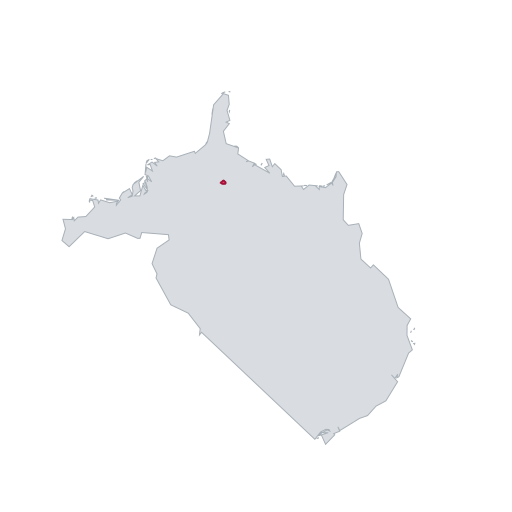 location of Calhoun, Alabama, United States of America, rotated 210°
{"feature_id": "52423323B11453074056273", "entity_name": "Calhoun", "entity_type": "district", "adm_level": 2, "iso_a3": "USA", "parent_name": "United States of America", "parent_adm1": "Alabama", "projection": "orthographic", "projection_center": [-85.86, 33.762], "detail": "fine", "context": "in_parent", "style": "filled", "palette": "rose", "viewbox_px": 512, "rotation_deg": 210, "n_neighbors": 0, "source": "geoboundaries", "source_scale": "gbopen_adm2", "svg_char_len": 4426}
<svg xmlns="http://www.w3.org/2000/svg" viewBox="0 0 512 512"><g transform="rotate(210 256 256)"><path d="M392.7,197.0L416.6,191.5L422.5,170.6L431.8,172.4L434.6,184.3L441.5,191.3L433.1,195.8L433.0,198.1L431.0,195.6L429.6,200.7L423.1,205.1L420.2,217.8L425.2,222.4L427.9,221.3L426.8,219.2L427.9,220.1L428.5,222.6L420.8,225.5L418.8,223.0L418.6,226.9L409.3,229.0L402.8,234.7L403.2,231.8L402.3,230.1L401.2,236.9L403.3,237.8L403.3,243.5L399.3,251.1L393.7,247.2L396.2,242.4L393.1,245.9L395.0,250.8L397.5,253.4L398.2,256.6L393.1,268.8L394.3,261.3L388.7,254.9L391.2,247.3L386.6,250.0L389.3,260.6L384.3,257.7L382.6,258.2L383.8,254.7L383.7,253.7L382.3,256.5L382.4,258.7L390.0,262.3L388.6,264.4L385.0,260.9L383.7,260.3L388.2,264.5L390.0,265.2L389.2,268.1L386.8,266.1L390.7,270.0L389.9,270.6L388.0,268.7L383.4,268.1L389.3,271.5L392.8,271.0L397.3,280.7L393.5,273.3L394.9,278.2L388.1,277.8L393.4,282.3L395.6,280.6L393.0,285.4L386.5,284.4L390.6,286.4L387.3,288.9L391.5,290.3L384.3,291.9L381.0,299.5L374.3,301.9L361.7,315.9L359.9,314.5L355.4,326.9L355.0,329.9L357.5,339.0L368.3,365.8L365.4,380.3L360.2,381.4L355.0,373.9L353.9,367.6L346.4,360.4L348.8,357.0L345.3,357.3L346.6,347.7L338.0,338.4L325.1,340.8L322.8,335.3L310.2,334.7L311.8,332.7L309.6,334.7L303.8,335.6L303.8,331.4L302.8,334.4L285.4,334.6L292.7,337.0L290.0,340.8L295.5,344.8L292.6,346.8L286.5,341.5L285.9,345.4L277.4,343.3L272.9,338.0L269.8,340.4L257.5,335.7L249.9,340.5L251.9,339.2L248.1,337.4L245.5,344.0L237.6,347.6L239.4,346.4L234.5,345.2L236.0,347.7L230.0,349.9L227.0,357.1L224.5,355.6L226.6,357.9L226.3,364.7L228.4,369.1L226.5,370.4L212.9,363.4L210.8,353.0L198.6,331.0L191.4,328.7L183.2,335.4L175.3,328.6L172.9,318.8L163.6,305.8L150.8,302.9L149.9,307.0L129.6,302.1L107.2,282.5L90.6,278.9L90.4,271.4L85.6,262.8L73.7,252.9L75.3,248.2L71.9,222.9L73.1,220.9L74.2,224.5L74.5,219.4L79.3,220.8L70.5,217.9L71.1,195.5L77.0,186.0L79.6,173.6L85.1,167.2L96.1,146.8L99.7,149.0L95.9,146.1L99.9,141.0L98.4,140.5L101.6,127.7L109.9,133.7L105.1,139.1L110.3,136.0L107.5,141.0L104.6,141.3L106.1,142.2L108.9,140.8L112.1,135.8L113.4,126.7L265.0,162.7L265.5,159.4L268.0,165.2L286.1,172.6L305.4,171.1L331.6,187.0L332.8,191.0L342.2,197.4L345.6,213.3L339.3,226.5L342.5,230.7L366.7,219.2L365.3,213.3L367.3,212.1L380.6,210.6L392.7,197.0ZM412.5,231.3L416.5,230.1L402.6,235.7L413.9,229.6L412.5,231.3ZM111.7,132.0L111.3,135.8L111.0,136.2L110.5,133.1L111.7,132.0ZM228.2,367.9L226.9,361.7L227.3,358.3L227.3,361.9L228.2,367.9ZM434.1,196.1L434.4,197.9L433.7,197.6L434.1,196.1ZM272.9,339.8L273.2,341.3L271.8,340.0L272.9,339.8ZM77.2,260.2L78.9,260.0L79.0,260.3L77.2,260.2ZM75.7,259.1L74.8,259.8L74.5,258.7L75.7,259.1ZM424.5,225.3L423.6,226.6L423.2,226.4L424.5,225.3ZM228.7,355.3L227.4,357.9L230.4,352.9L228.7,355.3ZM365.1,356.9L367.2,362.2L364.8,356.4L365.1,356.9ZM83.8,267.4L84.1,269.0L83.7,267.5L83.8,267.4ZM366.3,381.0L364.7,382.8L367.2,379.1L366.3,381.0ZM398.1,284.0L396.7,286.3L397.5,281.1L398.1,284.0ZM111.7,128.8L111.3,129.7L111.0,129.1L111.7,128.8ZM236.0,348.8L233.2,349.7L236.1,348.4L236.0,348.8ZM428.4,225.2L428.5,226.6L427.3,226.4L428.4,225.2ZM82.6,271.3L82.6,273.2L82.3,271.4L82.6,271.3ZM232.4,350.7L231.3,351.3L232.3,350.3L232.4,350.7ZM397.8,258.9L396.4,261.9L397.9,257.8L397.8,258.9ZM249.0,341.6L247.1,342.5L249.8,340.9L249.0,341.6ZM355.7,328.3L355.5,330.5L355.3,329.0L355.7,328.3ZM392.1,290.6L391.6,291.0L393.1,289.2L392.1,290.6ZM329.8,340.3L327.6,341.5L326.7,341.3L329.8,340.3ZM303.0,335.2L302.6,335.6L301.3,335.5L303.0,335.2ZM351.5,367.8L351.8,369.4L351.1,367.5L351.5,367.8ZM297.3,338.2L297.0,339.6L296.9,337.1L297.3,338.2ZM361.4,385.1L360.2,385.3L361.9,384.7L361.4,385.1ZM403.1,244.5L402.5,245.9L403.2,243.9L403.1,244.5ZM395.4,286.8L394.8,287.4L394.6,287.4L395.4,286.8Z" fill="#d9dde1" stroke="#a8b0b8" stroke-width="1"/><path d="M319.2,302.7L319.4,302.8L319.3,303.1L319.4,303.4L319.1,303.6L318.9,303.8L318.6,303.9L318.6,304.2L319.1,304.2L319.3,304.2L319.5,304.5L319.6,304.9L319.8,304.9L319.8,305.0L320.7,305.0L321.3,305.0L321.3,305.3L321.7,305.3L321.7,304.9L321.8,304.9L322.1,304.8L322.1,304.6L322.4,304.6L322.5,304.5L322.5,303.3L322.6,303.2L322.8,303.2L322.9,302.6L322.5,302.6L322.5,302.4L322.8,302.4L322.8,302.2L323.3,302.2L323.3,301.8L323.3,301.6L321.9,301.5L321.7,301.5L321.7,301.8L321.2,301.7L320.9,301.7L320.6,301.7L320.5,301.8L320.5,302.1L320.2,302.1L319.8,302.2L319.8,302.3L319.8,302.5L319.6,302.5L319.4,302.6L319.2,302.7Z" fill="#f43f5e" stroke="#9f1239" stroke-width="1.5"/></g></svg>